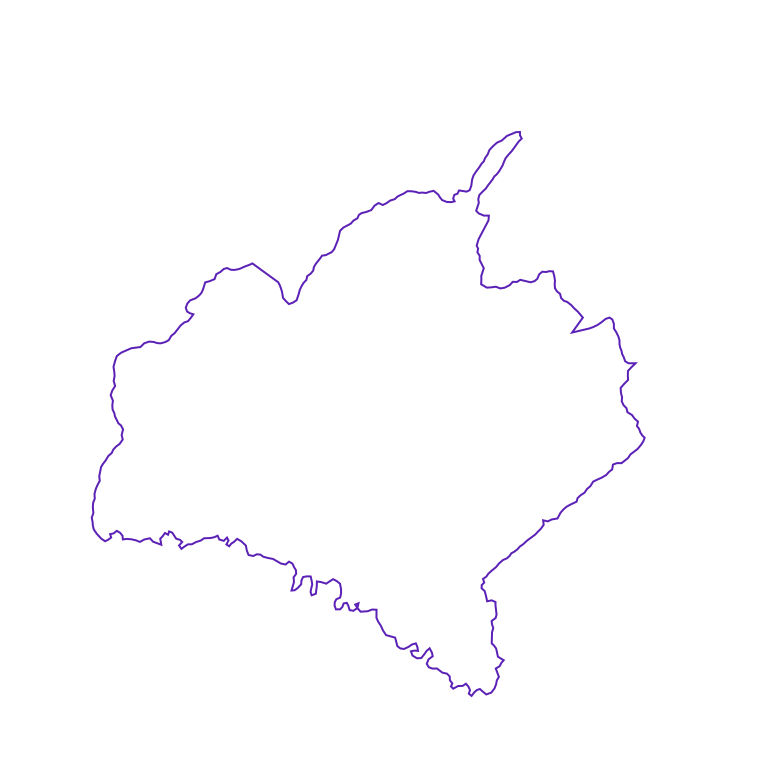 outline of Pindorama do Tocantins, Tocantins, Brazil, rotated 195°
{"feature_id": "56859067B48906669845388", "entity_name": "Pindorama do Tocantins", "entity_type": "district", "adm_level": 2, "iso_a3": "BRA", "parent_name": "Brazil", "parent_adm1": "Tocantins", "projection": "albers", "projection_center": [-47.568, -11.195], "detail": "fine", "context": "isolated", "style": "outline", "palette": "violet", "viewbox_px": 768, "rotation_deg": 195, "n_neighbors": 0, "source": "geoboundaries", "source_scale": "gbopen_adm2", "svg_char_len": 6167}
<svg xmlns="http://www.w3.org/2000/svg" viewBox="0 0 768 768"><g transform="rotate(195 384 384)"><path d="M628.6,171.9L626.6,168.3L622.7,165.0L617.2,161.5L612.7,159.9L610.0,162.3L607.8,165.1L609.7,168.1L606.5,169.7L604.1,173.0L600.4,172.0L597.3,169.7L596.0,166.3L592.3,167.8L588.1,168.6L583.3,168.8L578.9,168.3L575.4,171.7L570.2,174.4L566.2,171.9L557.5,171.1L560.1,176.6L558.4,179.7L557.0,183.4L553.6,182.5L553.4,186.0L550.1,185.6L544.7,180.8L540.8,180.7L538.0,179.2L540.2,175.0L537.0,172.3L535.1,174.8L532.0,178.3L528.1,179.5L524.5,182.8L520.4,185.4L517.9,188.4L511.5,190.4L508.1,192.2L505.5,194.4L502.8,191.2L498.2,191.0L495.9,195.0L493.7,192.6L494.7,188.2L491.5,187.2L490.2,190.3L488.0,192.7L485.8,196.4L481.2,195.2L475.6,192.2L473.4,187.6L470.6,183.8L465.8,184.0L462.8,186.6L459.2,187.2L455.8,185.9L451.3,185.9L445.9,186.3L437.1,183.9L432.3,184.2L429.8,187.8L425.9,186.8L423.3,183.6L420.9,181.4L419.7,177.9L421.3,173.9L419.7,169.4L419.9,160.6L417.0,161.6L414.6,164.5L412.2,169.1L412.9,172.9L412.2,176.6L408.6,178.3L405.0,179.1L402.8,174.9L401.4,171.7L401.4,167.7L401.1,164.1L399.2,161.2L395.6,163.7L396.6,171.3L397.7,175.9L393.6,176.4L388.1,176.2L385.0,179.8L382.6,182.3L378.6,181.4L374.8,179.7L372.4,174.8L371.2,170.3L371.1,166.3L374.3,163.8L375.1,160.6L374.4,157.2L372.1,153.9L368.1,155.0L366.5,157.9L366.2,161.6L363.3,163.0L361.1,160.6L358.7,156.7L354.9,157.0L351.7,160.8L347.7,158.0L340.9,160.3L337.1,163.1L332.8,164.0L330.8,156.3L328.2,153.0L324.7,149.9L321.1,145.6L317.0,142.0L307.6,141.9L303.2,134.2L299.7,132.8L296.0,133.3L292.2,136.5L289.6,139.6L286.1,141.7L283.7,138.6L282.1,135.0L285.5,134.4L288.8,132.8L286.2,129.1L281.2,127.6L277.1,128.9L275.1,133.4L273.7,137.4L271.5,140.5L268.1,136.8L266.5,133.6L269.7,129.6L270.3,124.8L267.4,122.0L263.7,121.6L259.2,122.9L252.9,120.3L248.2,120.5L244.9,118.6L243.6,114.8L240.5,112.5L241.0,109.2L238.3,107.6L234.2,111.5L229.9,112.7L227.3,115.7L224.3,113.7L221.7,110.6L221.9,106.8L218.7,105.4L216.9,109.7L215.0,112.5L212.4,114.2L209.1,112.5L204.8,110.6L200.5,113.7L198.5,118.5L198.0,122.9L198.3,126.9L197.2,130.8L202.4,138.1L199.3,141.3L198.5,144.9L196.9,148.2L200.2,149.1L203.4,150.1L207.2,157.5L210.0,159.8L212.8,161.3L215.4,172.2L215.3,176.6L217.5,179.9L218.7,183.0L215.6,186.9L215.6,190.4L218.9,198.7L219.9,202.3L224.0,202.9L228.1,200.8L230.9,206.2L233.2,210.1L236.8,211.9L237.6,215.1L235.8,218.1L237.9,221.3L235.3,224.4L234.1,227.8L231.5,231.8L228.4,236.1L226.4,240.5L223.5,244.8L220.2,247.4L218.2,250.4L217.2,253.4L214.6,255.9L212.4,258.8L210.6,262.3L208.0,265.4L205.4,269.6L198.9,277.8L197.4,280.7L195.0,284.8L193.3,289.3L195.0,293.5L190.2,293.7L186.9,296.6L181.6,299.0L180.2,305.3L178.2,309.3L176.0,312.6L172.9,315.6L167.5,320.2L167.5,323.8L165.5,327.2L162.2,330.9L160.7,335.2L158.3,338.6L156.7,343.8L153.8,346.4L149.7,349.7L145.8,353.6L143.9,357.4L141.5,360.5L142.0,365.4L138.5,367.9L134.1,369.0L129.2,375.5L127.7,379.8L122.2,386.9L120.0,391.7L118.7,395.7L118.3,399.5L121.4,401.3L123.8,403.5L126.0,406.7L128.8,408.9L128.9,413.4L133.0,415.4L136.4,418.2L141.6,419.8L143.5,423.4L147.1,425.5L149.9,428.8L150.6,432.8L152.7,436.5L154.4,441.4L152.2,446.0L149.3,451.1L150.7,455.4L151.7,459.8L149.5,464.0L146.4,469.1L153.2,467.3L157.0,468.4L159.4,472.0L161.8,474.7L163.2,477.6L165.4,480.5L166.9,483.6L167.8,487.0L169.8,490.4L173.0,494.1L176.3,497.1L177.5,501.6L180.1,505.4L183.3,506.5L186.7,504.3L190.1,499.7L193.1,496.2L196.6,493.2L200.2,490.7L215.6,482.4L209.1,499.6L215.4,504.0L219.5,506.1L223.6,508.7L228.3,510.7L231.7,510.9L235.2,512.9L237.3,516.7L240.7,518.1L243.6,520.7L245.0,524.6L245.5,527.8L247.4,532.2L249.9,536.5L253.4,535.8L256.5,534.1L260.2,533.4L262.5,530.1L263.1,525.4L265.1,522.4L268.7,520.2L279.3,519.9L282.0,517.0L286.1,516.0L288.1,512.1L292.3,508.3L296.4,506.4L301.2,506.9L305.4,505.1L309.7,503.7L316.0,505.5L317.0,510.2L318.0,513.4L317.6,521.7L323.7,528.5L324.7,532.5L327.9,535.5L328.1,539.1L330.3,541.6L330.1,548.4L325.4,569.1L326.3,573.8L331.1,572.5L336.7,573.3L339.8,575.2L339.3,583.4L340.8,587.0L340.8,591.3L338.5,595.4L336.2,599.2L335.0,602.7L332.1,609.6L331.2,613.0L329.4,615.6L327.8,619.4L326.0,625.9L325.6,629.9L325.0,633.5L323.0,638.0L320.8,642.2L316.7,653.0L314.5,656.7L316.9,659.3L317.9,662.6L321.7,661.4L329.4,655.5L333.3,649.6L337.3,646.4L340.1,642.2L342.7,637.4L343.3,632.5L344.9,628.2L345.2,625.0L346.8,622.0L348.1,617.9L350.0,613.2L351.5,608.6L351.8,604.3L351.0,598.0L351.4,593.4L354.0,591.2L361.6,590.4L362.3,586.8L365.0,584.9L365.2,581.1L363.1,578.7L366.0,577.1L370.5,576.1L375.4,576.7L378.2,578.7L380.8,581.1L386.0,583.4L389.8,581.5L392.8,579.4L396.6,578.8L399.9,577.6L403.1,577.8L407.2,577.3L411.3,576.3L414.4,572.9L417.0,570.8L419.6,568.4L421.4,565.4L425.5,562.8L428.4,559.3L431.5,556.6L436.1,557.4L439.3,553.8L441.3,548.7L445.8,545.5L449.9,543.3L452.0,540.8L452.6,537.2L455.8,533.9L457.6,530.3L463.7,524.6L466.1,520.6L465.8,511.3L467.0,501.5L468.5,498.0L473.5,493.5L477.1,491.9L478.2,488.8L481.0,482.4L482.0,478.7L481.7,475.2L483.4,471.6L486.1,468.3L485.9,464.4L487.8,461.0L488.9,457.3L489.7,453.3L489.7,448.1L490.1,442.2L493.3,438.8L496.5,436.6L499.9,438.5L503.8,441.0L506.3,446.5L508.4,449.9L510.4,452.6L512.5,454.9L542.3,466.4L544.8,464.3L549.3,461.1L552.5,458.4L555.5,456.6L558.5,455.3L561.8,454.7L565.5,455.4L568.5,453.7L571.0,449.9L574.4,446.7L574.8,441.5L579.0,438.2L583.0,435.9L583.3,428.3L584.0,424.6L585.5,421.6L588.2,418.0L592.9,414.6L594.8,410.8L595.2,406.3L592.9,403.0L589.7,402.1L586.2,402.0L587.5,398.5L589.5,394.0L592.9,391.7L595.7,387.7L599.3,379.1L602.0,375.3L603.2,370.7L606.1,367.9L610.4,365.4L613.9,364.8L617.2,365.0L621.8,364.2L626.2,361.2L628.8,356.7L637.4,353.1L645.9,346.3L649.3,341.9L649.7,336.7L649.7,330.5L647.8,326.2L646.3,322.1L645.9,317.0L643.2,312.5L644.8,307.2L645.1,302.4L641.5,297.7L640.9,293.0L639.5,289.0L636.9,286.0L635.5,283.1L630.4,277.3L627.3,275.9L624.3,272.6L624.2,266.8L622.0,262.7L623.9,257.6L626.6,254.2L628.5,250.6L629.2,246.7L631.6,243.3L633.1,238.1L634.9,233.7L635.8,230.6L635.2,221.3L633.5,216.9L634.5,212.8L635.2,208.2L635.2,202.9L633.7,198.4L634.2,194.1L633.4,189.7L631.3,184.1L631.7,179.2L629.8,175.4L628.6,171.9ZM351.7,160.8L354.7,163.5L351.9,165.6L351.7,160.8Z" fill="none" stroke="#5b21b6" stroke-width="2"/></g></svg>